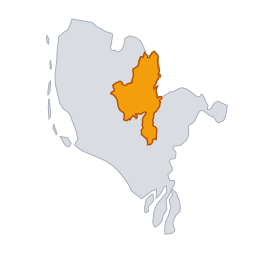 Netherlands, with Gelderland highlighted, rotated 279°
{"feature_id": "NLD-896", "entity_name": "Gelderland", "entity_type": "Province", "adm_level": 1, "iso_a3": "NLD", "parent_name": "Netherlands", "parent_adm1": "", "projection": "natural_earth1", "projection_center": [5.899, 52.128], "detail": "fine", "context": "in_parent", "style": "filled", "palette": "amber", "viewbox_px": 256, "rotation_deg": 279, "n_neighbors": 0, "source": "natural_earth", "source_scale": "10m", "svg_char_len": 6339}
<svg xmlns="http://www.w3.org/2000/svg" viewBox="0 0 256 256"><g transform="rotate(279 128 128)"><path d="M165.7,222.7L160.4,222.6L155.5,222.5L152.8,222.1L150.1,221.1L148.8,219.0L147.3,216.5L147.7,215.0L152.3,210.7L153.0,209.5L152.5,208.8L153.0,206.9L156.5,200.4L157.0,197.8L155.4,196.0L153.1,194.9L145.7,193.0L142.2,190.3L140.5,188.0L138.9,187.3L136.5,188.1L130.3,189.0L125.3,187.7L119.4,183.2L118.1,179.2L117.3,176.2L115.9,175.1L113.9,176.7L111.4,179.2L106.4,179.5L105.0,178.9L104.8,177.5L104.5,176.2L103.1,174.6L101.7,173.7L95.3,178.2L93.0,178.2L90.1,176.5L88.6,174.7L85.4,175.7L82.5,177.9L83.4,181.9L81.9,182.6L78.3,182.2L74.3,180.6L69.7,179.6L62.9,176.8L53.4,179.1L46.8,176.4L41.3,176.1L37.9,174.0L34.2,170.4L36.8,168.0L39.4,167.2L49.5,166.7L56.8,168.2L69.9,176.0L73.2,175.9L76.8,174.9L75.0,172.8L71.7,171.8L66.8,169.7L62.9,166.7L72.1,165.8L70.9,164.2L69.7,161.6L60.1,152.5L61.8,150.1L64.2,144.8L67.3,140.4L69.7,139.3L73.7,136.1L82.4,127.1L87.9,119.7L92.1,110.9L98.2,86.7L100.0,82.6L102.9,78.1L106.5,79.0L109.0,80.3L117.8,76.8L133.1,67.9L137.6,60.2L142.0,56.6L159.4,49.6L169.1,47.6L183.9,47.0L194.6,45.8L207.5,45.3L212.5,49.6L215.3,52.8L219.9,54.5L227.0,55.7L226.7,62.0L226.8,74.3L226.3,76.5L223.1,81.7L219.8,91.0L218.9,97.1L217.9,98.3L204.3,98.3L202.4,99.3L202.1,100.7L202.8,102.3L202.5,103.8L201.4,105.1L202.0,107.1L204.4,109.5L208.7,110.9L213.3,111.0L215.6,110.8L217.4,112.4L219.1,115.0L219.0,118.2L218.3,122.5L216.2,126.5L209.9,131.1L207.1,132.7L204.5,133.5L203.2,134.7L202.6,136.3L202.8,137.7L207.3,141.3L207.2,142.2L205.9,144.1L204.2,145.9L192.6,149.7L187.8,149.4L185.1,151.3L184.3,151.6L181.2,149.9L174.5,147.9L172.0,148.6L170.6,149.7L166.3,151.0L163.3,153.1L163.3,155.7L168.7,162.6L170.6,164.0L170.6,166.5L173.3,169.8L175.9,173.8L176.2,176.4L175.9,179.0L174.5,182.7L169.9,191.3L169.8,193.0L170.2,194.2L171.8,194.6L173.0,195.2L172.7,196.4L163.9,202.4L162.8,203.5L159.1,203.2L158.6,204.2L159.1,205.8L160.5,207.2L163.6,208.0L166.3,209.5L168.5,212.5L165.7,222.7ZM74.3,180.6L73.5,183.1L71.4,185.8L64.5,189.8L57.4,192.4L53.7,192.1L51.2,190.7L49.8,189.3L46.0,187.9L40.8,187.2L37.5,188.7L35.2,190.1L33.1,189.9L31.6,188.7L30.4,186.9L29.0,181.2L32.9,180.1L41.3,179.7L47.9,181.7L56.5,182.7L63.1,179.9L68.3,182.3L74.3,180.6ZM60.2,157.2L65.2,160.8L66.2,162.0L66.6,163.2L60.2,164.7L53.4,160.2L48.9,161.3L47.2,159.2L47.2,157.9L51.9,156.8L60.2,157.2ZM108.9,69.6L103.8,74.3L100.8,73.0L99.9,71.9L101.4,68.3L109.0,62.2L108.9,69.6ZM131.5,49.0L126.7,49.5L124.6,48.6L136.0,46.0L143.3,45.2L144.6,45.5L131.5,49.0ZM162.3,44.2L152.2,45.2L148.8,44.4L148.2,43.7L151.0,43.2L159.6,43.1L162.2,43.8L162.3,44.2ZM120.4,54.0L110.9,58.9L110.1,58.1L116.2,53.9L120.4,54.0ZM203.3,36.1L198.6,36.3L200.0,34.6L204.3,33.3L206.7,33.3L203.3,36.1ZM182.9,40.8L175.7,43.0L174.0,42.5L174.4,41.9L180.7,40.5L182.9,40.8Z" fill="#d9dde1" stroke="#a8b0b8" stroke-width="1"/><path d="M205.6,132.9L205.3,132.9L204.5,133.3L203.6,134.0L203.4,134.3L203.0,135.2L202.5,135.6L201.9,135.8L201.4,135.9L200.9,136.1L200.6,136.7L200.7,137.7L201.5,138.2L202.6,138.5L206.0,140.0L207.3,141.1L207.6,141.4L207.7,141.8L207.7,142.6L207.4,142.8L207.0,142.9L206.6,143.3L205.4,145.0L204.3,146.1L202.9,146.7L198.3,146.8L193.2,148.2L190.6,149.7L189.8,150.0L188.7,150.0L185.4,149.3L185.9,150.8L185.7,151.4L183.7,151.8L183.6,150.8L182.7,150.4L180.7,150.2L179.9,149.2L179.6,148.9L179.1,148.8L177.5,149.1L175.8,148.5L174.1,147.5L172.5,146.9L170.7,147.6L171.4,148.0L173.3,149.6L174.0,150.5L173.2,150.3L171.9,150.1L170.3,149.7L168.2,150.1L167.4,150.5L166.4,151.1L165.4,151.4L163.3,151.7L162.4,152.2L162.2,152.8L163.4,153.5L164.1,154.8L164.0,156.1L163.2,156.8L162.9,156.9L161.6,156.1L161.4,156.0L160.5,155.0L160.3,154.7L160.1,154.7L159.9,154.7L159.3,154.8L158.9,155.0L158.9,155.9L153.6,155.7L150.0,153.7L149.0,153.5L148.5,153.2L147.8,152.0L147.5,151.7L145.2,151.3L141.9,151.7L141.2,151.5L140.2,150.9L139.2,151.2L138.2,151.8L137.1,152.2L135.1,152.0L134.0,152.5L133.6,153.8L133.3,154.9L132.7,155.7L131.7,156.3L130.8,156.7L121.3,157.5L120.9,157.4L121.4,156.3L121.4,155.3L119.5,154.2L119.0,154.4L117.7,154.4L115.8,153.2L115.0,152.5L114.9,151.9L114.9,151.6L114.8,150.9L114.9,150.4L114.6,149.9L116.1,149.8L120.1,148.5L120.6,148.2L120.7,147.9L120.6,147.6L120.5,147.2L122.3,144.6L122.5,144.3L123.8,142.2L124.6,142.3L125.8,142.1L126.8,141.6L127.5,141.4L130.4,142.7L131.5,142.5L133.0,141.6L134.1,141.3L135.5,141.7L136.1,141.8L136.6,141.6L137.6,141.0L138.2,140.9L140.4,141.2L144.4,143.1L146.1,143.5L146.3,143.1L146.3,142.1L146.3,141.8L146.2,141.5L146.0,141.2L145.6,140.6L144.6,139.7L143.9,138.8L143.5,136.8L143.5,135.2L143.4,134.8L143.4,134.5L142.9,133.1L142.1,133.3L142.3,133.8L142.3,134.0L142.2,134.3L142.0,134.6L141.8,134.8L141.6,134.9L141.4,134.9L141.2,135.0L140.7,135.3L140.2,135.4L138.8,134.9L138.7,134.8L138.6,134.6L139.0,134.3L139.2,134.1L139.4,133.9L139.7,133.2L140.1,132.5L140.6,132.6L140.6,132.4L140.6,132.1L140.6,131.7L140.8,131.3L140.9,131.1L140.7,130.9L140.3,130.5L139.9,130.3L139.7,130.2L139.2,129.7L138.9,129.4L137.8,129.2L136.6,128.9L136.3,128.5L136.3,128.3L136.8,128.0L136.9,127.8L137.1,127.1L135.2,125.9L134.9,125.5L135.0,124.8L135.2,123.7L135.5,122.4L136.4,122.6L140.1,122.3L141.9,121.8L142.9,120.4L143.5,118.9L144.3,117.3L145.4,116.5L146.8,115.5L148.2,114.9L149.9,114.3L152.2,113.5L154.2,112.8L155.4,111.9L156.4,111.0L157.6,109.6L158.5,108.4L159.0,106.7L159.1,105.7L159.8,105.7L160.3,105.8L161.0,106.5L162.1,108.1L162.4,108.4L162.8,108.5L164.4,108.1L166.0,107.0L167.5,106.4L168.1,106.6L168.5,106.7L168.8,107.2L169.2,107.8L170.1,108.6L170.5,108.8L170.8,109.2L171.3,110.3L171.7,111.1L172.7,112.3L172.8,112.4L172.9,112.7L172.8,113.4L172.1,115.0L170.4,115.4L170.2,115.5L170.4,116.1L170.4,116.3L169.9,116.9L169.5,118.4L169.4,118.8L169.6,119.1L170.1,119.7L170.3,119.9L171.4,120.3L172.3,122.2L172.3,122.7L172.2,122.9L172.3,123.1L172.5,123.3L173.1,123.5L173.3,123.6L173.4,124.0L173.2,124.4L173.2,124.5L173.3,124.7L173.4,124.9L173.9,125.2L174.0,125.2L174.5,124.7L175.0,124.4L175.7,124.4L179.3,125.0L182.5,124.9L183.0,124.8L183.8,124.3L185.5,123.8L187.1,123.9L187.4,124.3L189.9,127.2L191.4,128.4L192.6,128.2L194.6,128.4L196.1,128.2L196.4,128.2L196.7,128.3L196.8,128.6L196.9,128.9L196.9,129.1L197.1,129.2L197.3,129.2L199.1,128.8L199.5,128.9L200.0,129.1L200.4,129.4L200.4,129.6L200.5,130.3L200.5,130.7L200.0,131.6L205.0,132.5L205.6,132.8L205.6,132.9Z" fill="#f59e0b" stroke="#b45309" stroke-width="1.5"/></g></svg>